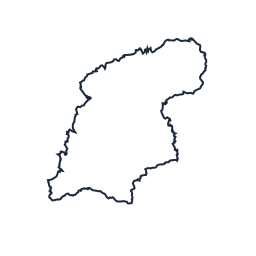 the district of Spermezeu, Bistrita-Nasaud, Romania, rotated 73°
{"feature_id": "2599482B64960666730870", "entity_name": "Spermezeu", "entity_type": "district", "adm_level": 2, "iso_a3": "ROU", "parent_name": "Romania", "parent_adm1": "Bistrita-Nasaud", "projection": "equal_earth", "projection_center": [24.161, 47.303], "detail": "fine", "context": "isolated", "style": "outline", "palette": "slate", "viewbox_px": 256, "rotation_deg": 73, "n_neighbors": 0, "source": "geoboundaries", "source_scale": "gbopen_adm2", "svg_char_len": 5771}
<svg xmlns="http://www.w3.org/2000/svg" viewBox="0 0 256 256"><g transform="rotate(73 128 128)"><path d="M198.2,150.7L199.8,150.4L200.3,149.8L200.8,147.1L200.6,146.9L200.7,146.3L199.8,146.1L199.2,145.4L197.3,144.9L197.0,145.1L196.5,144.4L195.7,144.0L193.6,144.0L191.7,143.1L189.4,143.2L189.2,143.5L188.4,143.4L188.4,142.5L188.1,141.9L187.9,140.0L187.6,139.4L185.5,139.1L182.4,139.6L180.3,137.6L180.4,136.3L180.7,135.7L180.0,133.7L180.6,133.8L180.7,133.5L181.0,133.4L181.7,132.3L180.8,132.1L179.7,131.1L179.5,130.6L178.9,130.4L178.1,129.7L177.8,129.9L177.4,129.1L178.1,124.4L176.9,123.7L176.8,123.9L174.7,123.2L172.4,123.5L172.2,122.8L172.3,120.2L173.2,118.2L173.1,117.1L173.4,115.2L173.8,114.1L173.7,112.8L173.3,112.1L172.4,111.3L172.2,110.5L172.1,109.2L173.0,104.6L172.7,103.0L172.1,102.9L171.9,102.5L172.0,101.3L172.6,99.2L171.5,97.8L171.5,96.1L171.9,95.2L171.8,94.5L172.6,91.2L173.7,90.7L173.5,90.4L172.2,90.2L172.1,89.5L170.8,89.3L168.5,89.4L167.6,89.1L167.6,88.1L165.0,87.9L163.5,87.2L163.1,87.4L163.5,88.6L162.5,89.6L161.4,89.0L159.3,89.2L156.2,90.0L155.6,87.7L154.6,88.0L154.4,86.6L153.3,87.1L152.3,87.1L152.0,86.4L150.5,85.2L149.8,86.1L149.4,85.8L148.7,86.3L148.3,86.3L147.5,85.6L147.1,84.3L146.6,85.2L144.5,85.9L144.8,86.6L144.3,86.6L143.2,86.1L143.1,86.7L140.9,85.6L138.9,85.4L138.7,86.1L138.1,86.2L138.1,86.9L137.2,87.0L137.8,88.0L137.4,88.7L135.8,88.5L133.0,86.8L133.2,85.3L131.4,85.3L131.0,86.1L129.3,87.3L130.0,89.4L129.0,90.5L123.9,91.3L121.3,91.3L120.9,90.1L119.8,89.3L116.8,88.2L116.5,87.9L115.7,88.0L114.4,87.7L114.8,87.0L114.9,86.0L115.4,85.9L115.2,85.5L116.1,85.3L115.8,84.5L115.5,83.8L114.4,83.4L113.7,84.2L112.3,82.7L112.3,81.9L111.7,80.2L111.1,79.1L111.7,77.2L110.2,73.6L110.3,72.5L110.9,71.9L111.2,71.1L111.1,69.4L111.3,67.6L111.7,66.7L111.6,65.3L109.5,64.4L111.5,62.1L112.4,60.6L112.3,59.4L112.5,58.5L113.0,57.3L114.2,56.0L113.7,55.6L113.3,54.4L112.3,53.8L112.0,53.3L111.6,51.0L111.2,47.5L109.3,45.8L107.8,43.6L106.0,42.9L102.2,44.5L100.4,44.3L99.3,43.1L98.3,42.5L97.9,40.8L96.9,39.9L96.6,39.1L96.0,38.7L95.7,37.4L95.3,36.9L94.0,36.9L93.7,36.4L93.1,36.5L92.8,36.2L92.6,35.6L91.3,35.0L90.3,35.5L89.6,35.4L88.8,35.0L87.8,33.9L85.9,33.4L83.1,33.9L81.9,33.6L80.9,33.8L80.9,32.9L80.5,32.5L78.9,32.5L78.1,33.8L77.8,33.7L77.4,34.3L76.5,36.0L74.3,36.4L71.5,35.1L69.8,34.9L67.3,37.6L61.8,40.2L62.2,41.0L60.8,41.2L60.7,41.6L61.0,42.0L61.0,42.4L60.6,42.5L60.6,42.8L61.0,42.9L61.4,44.0L62.3,43.6L63.1,43.8L61.0,47.7L60.6,50.8L60.2,51.8L59.4,52.9L57.7,54.2L57.2,55.1L57.1,55.7L57.8,58.4L56.8,61.2L56.4,61.8L56.2,63.2L55.3,63.6L55.2,65.1L55.9,67.1L57.9,69.3L58.8,69.9L58.8,70.7L59.1,70.8L59.0,71.2L59.5,71.8L60.0,72.7L61.1,78.1L62.4,80.3L62.8,82.3L62.2,82.9L60.4,83.4L58.1,83.1L59.2,85.3L58.3,85.1L59.8,86.0L57.5,86.1L60.1,87.4L61.2,88.2L60.0,88.3L58.1,87.7L58.0,88.2L58.3,88.4L58.2,89.0L59.2,89.2L60.0,89.7L61.2,92.0L56.6,92.6L56.6,93.3L55.3,93.5L56.7,96.1L55.7,97.4L56.0,98.0L56.7,98.0L58.2,98.7L58.8,100.4L58.8,102.2L59.0,102.7L58.5,103.3L58.6,104.5L57.2,110.1L58.7,110.5L58.9,110.8L57.8,111.8L58.0,112.0L58.3,112.0L59.0,112.6L59.1,113.1L58.9,114.1L59.7,115.4L61.2,117.1L60.8,118.0L58.8,119.3L58.6,120.5L58.3,121.1L59.0,122.0L59.7,122.5L60.1,124.4L60.2,125.4L59.6,129.3L59.8,129.7L60.6,130.7L63.8,132.1L64.5,132.7L62.6,133.0L61.6,133.9L60.6,134.3L60.4,134.8L60.6,136.2L61.9,137.9L62.2,138.7L62.2,139.8L61.7,140.5L62.0,141.1L62.4,141.1L63.2,142.0L63.5,141.3L64.6,141.2L64.6,141.6L63.7,145.2L65.0,145.9L64.9,148.2L65.1,150.6L64.9,151.2L66.3,151.9L67.3,154.3L69.6,156.1L69.4,157.3L70.1,158.7L70.5,160.6L71.7,160.3L74.1,161.1L74.3,160.7L74.6,160.7L75.7,161.1L75.9,162.0L77.4,161.9L79.6,160.8L80.6,160.7L81.1,160.3L82.7,159.9L84.7,159.1L85.4,158.0L86.4,157.1L86.5,157.4L85.6,158.4L86.5,158.7L87.9,157.9L87.3,155.7L88.5,154.9L89.2,156.3L89.4,157.8L90.3,159.0L90.4,159.8L91.1,160.5L91.7,161.8L93.5,163.6L93.2,165.3L94.1,167.7L93.0,169.4L92.9,169.8L94.8,172.2L99.8,172.3L99.9,174.2L101.0,174.4L101.8,175.5L104.2,176.5L104.8,177.0L106.2,177.3L107.3,178.8L109.7,180.2L112.4,180.8L116.7,179.7L114.9,182.2L112.5,184.1L113.2,185.2L114.5,186.0L113.8,187.0L113.9,187.6L115.0,187.4L115.9,188.2L116.5,187.0L117.3,187.2L117.7,186.9L119.4,187.4L119.8,187.9L120.1,188.7L123.3,189.7L122.6,190.8L123.2,191.3L123.0,191.9L124.9,192.6L125.6,193.4L126.7,192.9L129.9,192.1L131.7,193.7L134.7,194.2L135.2,194.7L135.4,195.5L135.0,196.1L132.8,196.0L132.5,196.2L131.7,197.8L130.9,198.5L130.9,199.2L131.3,199.6L132.4,199.8L132.7,200.2L132.9,200.6L132.7,202.8L134.4,201.4L136.7,201.5L137.5,201.1L138.9,201.9L138.7,202.1L141.9,203.8L142.3,203.8L143.4,204.7L144.1,204.5L144.8,204.8L145.4,205.8L147.3,204.7L148.1,203.8L149.8,203.2L148.7,205.4L150.0,206.0L149.2,207.0L149.2,207.5L151.4,208.9L153.3,210.5L153.6,211.2L154.8,215.2L154.8,217.9L154.5,219.8L155.8,219.6L155.9,219.9L156.7,220.1L157.8,219.9L159.0,220.2L161.0,220.1L161.2,219.6L161.9,219.5L161.9,219.2L162.3,218.9L163.4,220.2L164.4,219.9L165.3,220.7L165.5,221.5L165.9,221.4L166.2,220.6L166.9,220.2L167.8,220.0L168.2,220.4L168.3,221.1L169.5,222.9L171.0,223.5L171.5,223.5L172.4,222.7L175.0,221.7L175.5,219.8L175.7,216.2L176.4,214.5L176.1,213.8L176.1,213.0L174.9,211.8L174.9,211.4L174.1,209.5L174.3,208.6L173.7,207.7L173.1,205.8L173.1,204.9L173.3,204.3L175.2,203.3L175.6,202.2L175.8,201.1L176.6,200.3L176.2,199.3L176.4,197.9L175.1,195.6L174.8,194.3L173.6,193.8L173.4,191.9L174.2,191.6L174.0,191.0L172.9,190.5L172.9,187.4L173.4,187.2L173.5,186.7L173.8,186.3L173.8,184.8L174.7,184.4L174.7,183.9L173.8,183.5L173.9,182.6L177.2,179.8L179.6,174.9L180.2,174.1L180.1,173.3L180.4,172.8L182.9,171.2L184.1,169.5L185.3,169.0L186.2,169.0L188.3,168.2L189.7,167.2L189.6,166.5L189.1,165.8L190.0,164.2L189.8,163.4L189.8,162.8L194.3,160.6L194.9,159.9L195.8,157.8L196.6,154.4L196.5,153.9L198.2,150.7Z" fill="none" stroke="#1e293b" stroke-width="2"/></g></svg>